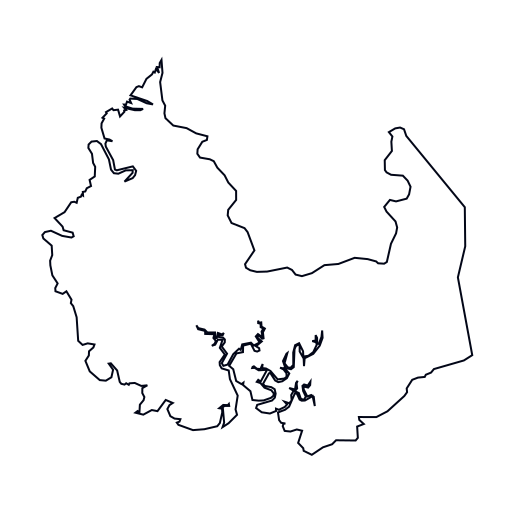 the district of Alianza, Valle, Honduras, rotated 86°
{"feature_id": "27666195B71822643652972", "entity_name": "Alianza", "entity_type": "district", "adm_level": 2, "iso_a3": "HND", "parent_name": "Honduras", "parent_adm1": "Valle", "projection": "albers", "projection_center": [-87.707, 13.447], "detail": "fine", "context": "isolated", "style": "outline", "palette": "ink", "viewbox_px": 512, "rotation_deg": 86, "n_neighbors": 0, "source": "geoboundaries", "source_scale": "gbopen_adm2", "svg_char_len": 6120}
<svg xmlns="http://www.w3.org/2000/svg" viewBox="0 0 512 512"><g transform="rotate(86 256 256)"><path d="M444.5,167.1L433.2,167.0L431.1,160.2L426.7,164.4L423.8,164.6L425.1,147.2L420.1,135.7L406.0,117.8L402.4,114.8L398.6,114.9L390.4,108.8L388.6,102.9L388.4,96.1L386.3,94.9L384.5,89.5L381.2,86.4L374.7,55.9L370.0,47.2L291.4,56.1L260.9,46.6L221.9,44.3L146.7,97.7L139.9,99.5L137.9,103.3L138.4,108.2L141.7,114.8L146.3,111.6L151.4,113.0L160.7,113.1L169.4,120.9L179.3,121.4L181.7,119.9L184.4,115.6L186.1,103.9L191.4,99.5L197.7,97.0L205.2,99.0L209.3,101.7L211.3,112.5L209.4,118.5L216.0,124.7L220.8,122.7L231.3,114.4L237.4,113.2L243.2,114.7L253.2,120.5L271.1,125.9L272.6,128.7L271.8,134.7L269.8,136.5L266.9,144.8L264.7,157.7L269.7,174.4L269.9,188.4L277.0,201.4L279.3,211.6L277.3,217.8L272.4,221.1L269.7,225.7L272.3,245.9L271.9,256.3L269.8,262.8L267.0,266.8L263.4,267.5L250.3,257.2L231.6,262.7L227.4,265.5L221.4,278.1L213.5,281.4L208.0,280.5L198.7,271.9L189.7,271.3L180.8,278.5L173.3,281.7L165.2,288.4L158.5,291.5L156.3,295.3L153.9,305.0L149.9,307.4L145.5,306.8L138.3,301.6L136.8,296.9L133.2,296.1L129.5,307.1L123.6,316.3L120.1,329.4L112.2,336.7L107.3,337.4L99.7,336.1L94.3,338.5L75.8,339.5L66.8,336.5L53.8,336.6L56.8,338.6L61.0,339.0L60.6,341.5L66.6,339.9L62.5,342.8L65.9,344.2L65.0,345.5L67.6,347.1L71.6,352.9L79.8,357.8L78.4,361.0L79.2,363.5L87.0,370.0L93.8,353.7L97.6,348.2L96.0,354.4L91.1,363.4L90.2,370.4L91.2,371.2L94.7,369.9L93.0,373.9L95.9,375.1L95.7,377.1L97.5,376.1L100.4,368.8L101.4,358.4L102.5,361.2L102.1,366.7L99.0,377.1L101.3,375.4L101.7,377.4L103.0,377.3L107.3,381.9L100.4,383.4L100.6,388.0L98.8,389.2L102.0,395.6L103.3,395.0L107.4,399.5L108.4,397.9L112.9,400.8L117.3,401.3L128.2,398.9L129.6,394.0L131.5,391.2L130.2,396.7L133.4,398.4L136.4,398.2L150.4,391.8L159.9,390.7L160.8,388.9L158.0,372.6L162.7,369.6L166.9,371.0L169.7,373.6L172.6,382.0L164.4,373.3L161.8,373.0L161.5,380.0L164.3,387.6L163.5,392.0L159.7,394.6L149.3,396.0L133.6,402.8L130.2,406.7L130.4,412.1L133.1,415.2L136.5,415.7L142.6,412.5L151.8,412.0L155.8,410.2L165.4,411.3L168.5,416.7L174.7,415.7L176.6,420.1L179.7,421.8L180.0,424.3L183.7,424.3L182.7,425.6L184.6,426.5L185.5,429.7L190.4,431.2L189.2,433.5L189.5,436.6L198.9,443.9L204.1,454.3L213.2,446.9L216.9,446.1L219.9,437.3L223.6,436.5L224.7,438.8L222.4,448.0L216.5,458.8L217.4,464.9L220.2,467.7L223.7,466.9L231.4,459.1L240.9,459.2L246.3,461.7L251.0,461.8L261.1,460.5L269.5,455.8L274.0,458.5L277.2,458.5L280.3,451.5L278.0,447.6L286.7,443.1L290.1,444.0L293.3,441.8L304.6,439.2L328.2,439.3L332.6,435.2L331.4,430.0L333.0,423.3L335.9,424.6L339.4,429.2L343.6,429.7L348.7,433.5L359.5,429.9L368.9,420.5L369.9,414.5L366.9,408.7L359.5,406.5L353.1,410.4L352.9,408.3L360.5,402.5L372.1,400.7L374.1,399.3L375.1,396.1L373.9,394.4L375.6,391.9L374.2,391.1L374.2,385.8L377.6,379.5L377.4,373.4L379.9,378.6L384.8,379.0L388.9,377.2L392.0,378.2L396.2,382.2L403.9,383.2L402.4,384.9L403.9,387.2L406.4,379.5L402.4,370.7L403.9,365.1L393.3,356.1L396.8,349.3L398.7,352.7L402.5,355.1L409.8,352.6L412.5,348.6L413.5,342.8L415.9,343.9L416.7,346.6L419.0,345.2L425.3,331.0L425.2,319.6L423.1,306.5L420.1,303.7L409.8,300.6L406.0,300.5L405.3,303.3L402.3,299.1L402.8,294.5L401.7,293.4L403.7,293.2L403.4,298.0L404.6,299.7L420.0,299.4L424.4,301.3L420.9,295.0L413.1,286.0L407.6,287.1L394.0,284.0L377.0,290.6L368.3,291.2L365.7,298.1L362.4,299.7L359.3,299.7L352.1,294.0L345.1,298.5L337.3,295.2L336.8,299.9L341.6,302.9L342.5,306.3L340.6,303.3L337.9,302.0L334.8,304.2L331.1,302.9L330.2,312.1L327.2,312.0L325.0,318.8L321.0,320.3L323.9,318.6L325.8,312.5L328.9,309.8L329.4,302.2L335.1,302.5L335.1,300.9L330.1,299.4L331.9,295.3L330.5,293.5L332.7,294.8L332.0,299.5L334.1,298.9L335.2,294.5L337.1,292.9L340.0,293.2L343.9,296.5L351.4,291.7L360.5,297.6L363.3,296.2L362.3,291.9L352.3,285.5L347.3,279.4L348.6,277.8L343.2,275.9L342.1,267.1L345.1,264.4L342.5,258.4L336.2,261.8L334.0,259.5L337.6,255.1L331.8,255.7L328.9,253.8L327.3,256.3L323.9,256.1L323.1,258.5L320.7,258.4L322.8,257.6L322.6,255.4L326.8,255.4L329.0,252.2L332.6,254.4L338.6,254.2L338.9,255.7L336.0,258.1L335.6,260.1L338.0,259.9L341.6,256.2L346.0,262.3L348.2,259.3L350.5,259.1L351.4,261.5L350.5,264.1L343.1,267.3L344.5,275.1L351.0,275.7L351.8,282.3L363.7,290.4L367.4,286.6L379.3,284.5L382.8,279.4L381.5,277.4L383.8,277.9L390.5,271.0L399.4,269.6L400.5,263.4L400.6,258.5L398.6,251.1L396.7,248.4L394.4,247.8L391.0,250.1L388.0,256.7L383.1,260.4L381.6,264.0L379.7,262.4L381.6,260.1L370.3,252.9L370.2,261.3L367.5,265.1L367.5,267.6L366.4,267.1L365.9,265.8L368.5,263.0L369.1,259.5L364.2,256.9L368.2,257.7L368.9,253.9L371.7,249.6L380.6,243.0L380.2,236.2L378.6,233.9L375.1,233.8L371.1,236.4L369.1,239.8L370.0,236.6L369.1,234.7L362.7,236.4L355.6,232.4L355.0,231.5L365.0,235.0L369.3,232.1L370.0,229.4L367.3,226.4L354.9,225.6L347.7,223.2L346.0,219.1L354.3,215.7L359.6,215.8L359.2,210.7L355.9,205.6L348.8,201.6L346.3,202.0L344.8,205.8L344.5,202.4L339.1,202.0L341.9,200.8L347.6,201.1L348.1,199.5L341.2,196.3L334.9,195.2L342.3,195.3L349.9,198.7L357.6,205.7L361.4,214.6L369.2,215.8L361.6,215.6L354.3,219.1L348.4,218.7L347.3,220.3L348.9,222.7L351.8,224.1L369.5,226.1L371.4,229.0L370.1,233.3L370.8,234.6L375.5,231.0L380.0,233.7L382.8,238.5L383.4,242.6L381.5,245.6L373.5,250.0L374.0,251.3L384.0,257.9L386.2,256.3L387.9,249.9L390.2,246.7L394.7,246.0L398.6,247.1L401.3,250.1L404.6,265.2L407.7,266.5L412.3,261.2L414.1,253.1L412.0,246.8L409.7,246.7L411.0,243.9L408.6,237.8L406.3,235.4L403.3,237.7L405.2,233.1L402.6,230.5L397.2,230.6L393.1,227.9L390.0,232.1L391.9,226.4L385.4,224.9L383.4,223.2L386.0,224.4L391.0,224.2L393.5,226.7L395.7,222.8L401.4,221.3L402.9,218.4L399.8,216.1L393.9,218.4L388.8,218.7L387.5,217.0L388.8,213.4L385.1,210.5L388.6,211.0L390.9,213.2L389.6,217.2L392.0,217.9L399.7,214.6L398.5,210.6L400.5,208.2L409.8,207.8L399.7,209.3L403.6,217.3L403.5,220.5L402.3,222.5L396.2,224.8L395.7,226.8L408.6,233.5L411.4,237.7L413.6,245.0L421.3,244.4L424.2,242.5L425.1,238.4L425.4,240.4L427.6,241.2L432.5,239.6L433.5,233.9L431.9,227.4L433.5,222.2L445.4,227.0L451.0,222.3L453.7,222.0L458.2,214.2L451.5,202.5L449.1,193.2L445.4,189.0L447.0,169.5L444.5,167.1Z" fill="none" stroke="#020617" stroke-width="2"/></g></svg>